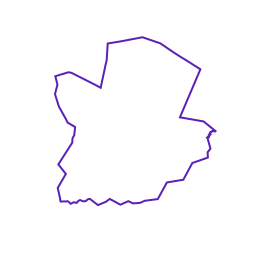 Chuluut, Arhangay, Mongolia, rotated 18°
{"feature_id": "93677404B8856161133659", "entity_name": "Chuluut", "entity_type": "district", "adm_level": 2, "iso_a3": "MNG", "parent_name": "Mongolia", "parent_adm1": "Arhangay", "projection": "natural_earth1", "projection_center": [100.382, 47.497], "detail": "fine", "context": "isolated", "style": "outline", "palette": "violet", "viewbox_px": 256, "rotation_deg": 18, "n_neighbors": 0, "source": "geoboundaries", "source_scale": "gbopen_adm2", "svg_char_len": 2117}
<svg xmlns="http://www.w3.org/2000/svg" viewBox="0 0 256 256"><g transform="rotate(18 128 128)"><path d="M197.8,98.4L174.1,101.8L178.7,49.8L162.4,45.6L155.9,44.1L147.6,41.9L132.6,37.5L118.7,37.3L113.8,37.2L94.4,47.8L82.6,53.9L86.8,70.3L87.1,74.4L89.6,98.2L82.9,97.0L57.2,93.0L54.1,93.4L42.9,101.2L47.5,108.6L48.1,118.4L55.7,129.0L66.8,139.3L68.9,141.5L77.4,143.4L79.1,151.4L78.4,154.9L79.5,159.2L73.0,184.2L83.1,190.9L79.7,206.7L85.5,216.5L85.6,217.2L86.1,217.9L86.3,218.3L86.7,218.8L87.0,218.7L87.6,218.4L88.3,218.2L89.3,217.8L89.9,217.5L90.4,217.4L91.0,217.3L91.6,217.1L92.3,216.7L92.8,216.4L93.3,216.3L93.8,216.4L94.4,216.6L94.8,216.7L95.2,216.9L95.7,217.2L96.4,217.6L96.9,217.8L97.1,217.7L99.1,215.5L99.6,215.4L100.1,215.3L101.0,215.2L102.0,215.2L102.3,215.1L102.5,214.8L102.7,213.9L103.1,213.2L103.6,212.3L104.3,211.6L105.1,211.3L106.1,211.4L106.7,211.6L107.4,211.6L108.4,211.5L108.9,211.2L109.8,210.9L110.2,210.7L110.7,210.0L111.2,209.3L111.6,208.6L112.2,207.9L113.7,207.2L123.3,210.6L129.8,205.0L132.5,201.1L139.3,202.3L144.4,203.3L150.9,197.5L156.1,198.1L162.4,195.6L166.5,192.0L178.3,186.4L181.8,167.8L196.6,160.1L200.0,141.4L213.1,131.4L211.2,126.4L212.8,122.2L206.9,113.2L206.7,113.2L206.5,112.9L206.3,112.8L206.4,112.7L206.5,112.7L206.8,112.7L207.1,112.5L207.3,112.3L207.3,112.2L207.5,112.1L207.6,111.9L207.7,111.7L207.3,111.6L207.1,111.6L206.9,111.6L206.9,111.4L207.0,111.3L207.1,111.2L207.3,111.1L207.3,110.9L207.5,110.7L207.7,110.4L207.7,110.2L207.5,110.3L207.3,110.4L207.4,110.2L207.5,110.0L207.7,109.8L207.8,109.7L208.0,109.4L207.9,109.3L207.7,109.3L207.4,109.2L207.5,109.1L207.7,108.9L207.8,108.8L207.9,108.7L207.7,108.7L207.4,108.4L207.4,108.2L207.4,107.9L207.5,107.9L207.7,107.7L207.7,107.4L207.6,107.2L207.6,106.8L207.6,106.6L207.6,106.4L207.8,106.2L208.0,106.3L208.2,106.2L208.3,106.1L208.5,106.1L208.6,105.9L208.6,105.7L208.7,105.4L208.9,105.3L208.9,105.2L209.0,105.1L209.3,104.8L209.3,104.7L209.5,104.6L209.8,104.6L210.0,104.6L210.5,104.6L210.8,104.6L211.0,104.6L211.4,104.6L211.6,104.5L211.9,104.4L212.1,104.1L212.2,103.9L197.8,98.4Z" fill="none" stroke="#5b21b6" stroke-width="2"/></g></svg>